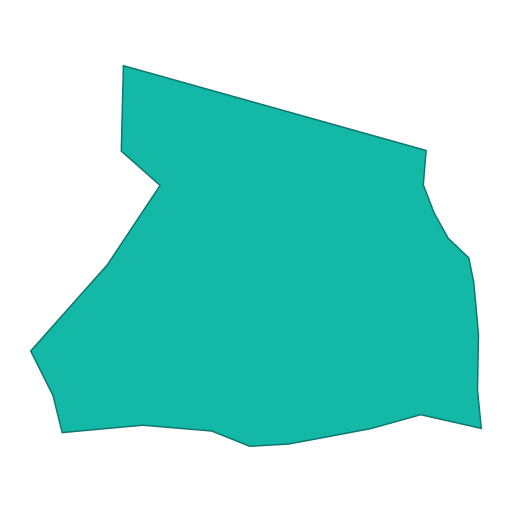 Sardoba, Sirdaryo, Uzbekistan (Equal Earth projection)
{"feature_id": "79887680B81197262322731", "entity_name": "Sardoba", "entity_type": "district", "adm_level": 2, "iso_a3": "UZB", "parent_name": "Uzbekistan", "parent_adm1": "Sirdaryo", "projection": "equal_earth", "projection_center": [68.315, 40.329], "detail": "fine", "context": "isolated", "style": "filled", "palette": "teal", "viewbox_px": 512, "rotation_deg": 0, "n_neighbors": 0, "source": "geoboundaries", "source_scale": "gbopen_adm2", "svg_char_len": 404}
<svg xmlns="http://www.w3.org/2000/svg" viewBox="0 0 512 512"><path d="M288.6,444.0L370.5,428.7L420.5,414.7L481.3,428.4L477.5,390.2L478.5,334.5L473.8,282.7L468.8,257.9L448.3,238.4L434.2,213.1L423.3,184.9L426.1,150.5L123.4,65.7L121.3,151.1L160.1,185.4L107.5,264.6L30.7,351.0L53.0,395.5L62.2,432.6L142.6,425.2L211.7,431.0L249.8,446.3L288.6,444.0Z" fill="#14b8a6" stroke="#0f766e" stroke-width="1.5"/></svg>